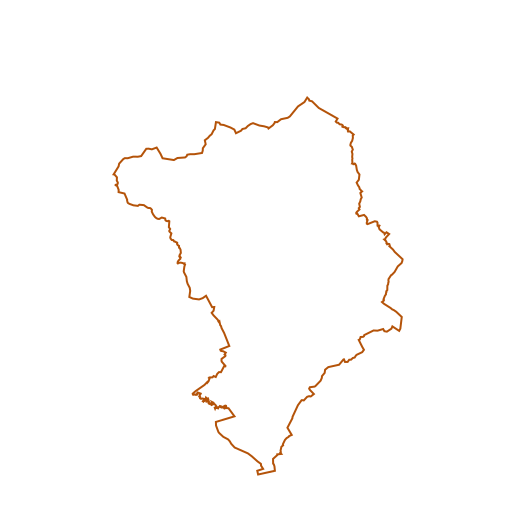 the district of Bixad, Satu Mare, Romania, rotated 314°
{"feature_id": "2599482B22891655210740", "entity_name": "Bixad", "entity_type": "district", "adm_level": 2, "iso_a3": "ROU", "parent_name": "Romania", "parent_adm1": "Satu Mare", "projection": "mercator", "projection_center": [23.389, 47.949], "detail": "fine", "context": "isolated", "style": "outline", "palette": "amber", "viewbox_px": 512, "rotation_deg": 314, "n_neighbors": 0, "source": "geoboundaries", "source_scale": "gbopen_adm2", "svg_char_len": 6158}
<svg xmlns="http://www.w3.org/2000/svg" viewBox="0 0 512 512"><g transform="rotate(314 256 256)"><path d="M405.5,182.8L400.4,183.9L392.8,182.3L379.9,183.4L377.4,182.8L371.8,179.0L367.1,178.3L365.4,176.5L364.5,177.0L361.7,177.3L356.4,176.4L356.8,175.3L354.9,171.7L352.2,167.8L349.5,161.6L347.2,160.5L343.8,159.8L340.7,159.8L337.9,158.0L335.7,158.2L330.4,156.3L331.9,152.6L330.7,148.4L327.8,141.7L325.8,139.1L326.4,137.0L324.5,134.2L318.8,138.2L316.9,138.2L312.7,139.5L310.4,139.2L307.6,139.4L303.7,138.8L301.4,142.2L296.6,142.9L294.8,144.5L292.6,145.6L286.5,141.0L283.6,138.0L281.1,136.2L279.5,136.8L277.6,136.5L271.9,131.4L268.0,130.3L261.4,120.9L263.2,116.2L265.0,109.2L260.4,107.0L258.6,104.2L256.9,102.6L248.1,104.0L245.4,102.1L242.1,98.6L237.2,95.8L235.3,93.7L233.6,93.2L227.4,93.4L225.0,94.9L215.8,96.9L216.3,97.7L216.0,101.3L213.5,103.5L212.9,105.5L212.1,106.2L211.1,106.5L209.7,105.6L209.4,105.8L209.9,107.6L208.2,111.2L206.5,112.8L209.6,118.0L207.0,124.2L206.4,124.7L205.3,126.5L205.2,127.2L205.6,128.8L207.3,132.6L210.0,136.2L211.9,136.5L214.7,140.0L215.3,143.9L215.7,145.1L216.9,146.5L217.1,147.6L216.9,149.1L215.5,150.2L214.5,152.9L213.9,156.1L214.0,157.9L214.4,159.3L215.3,160.6L218.2,161.5L219.9,164.6L218.8,166.1L218.9,167.0L219.4,168.0L220.7,168.8L220.8,169.5L216.2,173.3L215.8,175.5L213.7,176.2L213.4,177.2L213.5,179.4L209.9,181.3L209.2,182.4L209.0,184.3L210.0,185.5L209.6,187.0L210.1,187.6L210.1,188.1L210.7,189.5L210.8,190.1L209.8,190.8L209.8,191.5L209.4,192.1L209.8,193.6L208.5,194.9L208.7,195.8L208.0,197.5L206.0,199.8L203.3,200.5L202.7,202.4L202.2,201.9L201.8,203.2L201.4,203.5L199.1,203.4L197.6,203.7L196.4,204.5L196.4,205.0L197.2,205.1L198.9,206.4L200.1,208.3L200.3,209.3L201.0,209.7L200.3,210.4L200.5,210.9L198.5,211.9L194.8,214.6L194.2,215.6L192.6,220.4L189.8,223.8L188.5,226.1L187.1,230.4L185.2,232.9L180.2,236.5L181.5,240.2L185.2,245.2L188.6,246.9L192.7,247.7L188.7,260.0L190.3,261.4L187.2,263.5L184.3,263.6L183.8,266.6L183.6,272.1L183.4,273.5L182.9,274.1L182.7,275.2L183.5,275.2L181.4,278.3L181.3,279.5L180.2,281.4L178.5,286.5L172.7,299.3L163.9,295.3L163.4,296.3L163.5,296.9L164.7,298.6L165.5,301.4L163.3,301.8L163.4,303.0L162.6,303.5L158.1,302.7L156.9,303.7L156.2,304.7L155.7,310.4L155.5,310.5L155.3,309.8L155.0,309.9L154.9,309.5L148.1,311.5L146.7,310.0L144.2,310.0L141.0,311.1L140.2,308.9L138.5,309.0L136.2,306.8L135.6,306.8L135.6,307.7L132.8,308.9L131.1,309.0L131.3,308.5L127.5,308.5L116.7,306.4L113.0,306.1L112.6,306.7L112.5,307.2L114.3,308.6L114.3,309.2L115.2,309.9L115.8,309.7L116.3,309.0L117.3,308.9L118.8,312.2L118.8,312.5L118.6,312.1L116.9,311.9L116.6,312.5L115.5,312.8L115.8,313.7L114.8,314.6L115.1,315.7L116.0,316.1L117.3,318.1L116.8,318.5L114.6,318.7L114.7,319.3L115.6,319.0L116.1,319.8L117.1,319.8L119.4,318.4L119.4,319.0L118.8,319.4L118.8,320.1L119.0,320.4L120.1,320.5L119.7,321.4L118.6,321.6L118.2,320.9L117.0,321.7L118.6,323.2L117.1,324.3L117.2,325.2L118.3,325.4L118.9,326.0L118.0,326.4L117.9,327.5L119.9,328.3L120.1,327.7L119.3,327.0L120.1,326.5L120.4,325.7L120.9,327.3L120.6,328.6L120.7,330.2L120.3,332.1L118.2,331.7L117.8,332.6L118.3,332.4L119.4,333.3L120.1,334.6L121.2,334.1L122.2,334.4L123.0,334.2L123.5,335.1L122.8,335.7L123.0,336.4L123.7,337.1L124.4,336.9L124.7,337.4L124.4,337.7L124.6,338.4L124.3,338.9L124.5,339.4L125.4,339.4L126.1,338.4L125.8,337.8L126.2,337.4L127.2,338.0L127.4,338.5L126.1,340.4L127.4,342.0L125.7,351.9L108.8,342.4L106.3,345.0L103.3,351.2L103.1,352.6L103.2,358.1L104.7,363.3L104.5,365.9L103.7,368.6L103.4,373.7L108.4,387.3L109.0,392.1L109.3,399.8L109.9,403.9L108.7,405.3L107.8,409.0L102.4,406.1L100.3,409.3L114.6,418.8L117.5,415.4L118.5,413.5L118.5,412.6L121.9,409.2L127.7,409.6L128.1,409.1L131.2,411.7L131.4,410.1L132.2,410.1L133.0,408.9L136.4,406.8L138.7,407.0L139.2,406.1L143.8,404.6L146.3,404.5L148.5,405.1L149.4,404.9L152.1,406.0L154.3,397.9L164.5,394.9L165.7,394.0L177.8,389.8L183.8,389.0L184.2,389.1L185.3,390.7L190.2,390.6L192.1,391.6L192.6,392.6L193.2,393.0L196.9,393.5L197.1,387.8L197.5,386.4L199.0,385.9L202.8,388.9L203.7,389.1L211.2,389.1L214.1,388.0L215.4,386.9L219.6,386.6L222.2,384.7L226.3,385.2L235.5,391.3L242.4,390.8L242.8,391.1L241.6,393.6L243.5,395.5L246.1,395.1L247.5,396.4L249.9,396.5L251.5,397.5L253.8,397.0L255.0,397.1L260.6,399.2L263.5,398.8L264.4,395.6L267.0,388.2L268.1,388.6L270.4,387.5L272.1,389.1L273.2,389.4L274.3,388.8L284.1,392.3L286.7,395.3L291.8,398.2L291.1,400.6L292.5,402.7L297.8,403.9L300.1,403.0L301.6,411.0L304.0,410.3L313.4,403.2L313.3,395.6L312.8,392.6L312.2,391.1L312.1,389.0L310.5,381.2L310.4,378.6L312.8,378.9L313.3,378.5L313.4,377.8L316.8,376.4L318.7,376.1L319.5,375.3L320.8,374.8L321.1,374.2L322.7,374.1L325.9,371.1L327.4,370.7L328.8,369.6L329.5,369.4L330.2,368.4L331.4,367.4L336.0,366.5L336.9,366.8L340.7,366.8L347.0,365.2L352.1,365.6L354.1,364.7L355.5,363.7L355.3,353.0L355.8,350.1L355.7,345.2L356.3,345.2L357.2,343.6L356.6,342.7L355.5,342.2L355.8,340.9L356.4,340.7L357.0,339.3L357.0,336.7L358.1,337.2L359.3,336.6L364.3,336.5L363.7,333.4L361.0,333.4L361.6,332.3L361.6,331.5L361.3,331.1L361.0,326.3L362.1,324.1L363.6,323.7L363.5,323.4L362.3,322.9L362.2,322.4L364.4,320.2L364.7,319.2L363.5,317.3L356.4,314.1L356.2,313.3L356.8,312.6L358.7,311.6L358.9,311.0L359.4,311.1L359.4,310.3L360.2,309.6L360.6,307.9L360.6,305.2L356.0,302.4L356.9,299.3L356.9,298.8L356.3,298.7L356.5,298.2L357.7,297.9L361.4,298.1L361.8,296.7L363.5,296.6L365.3,293.9L367.7,293.1L369.6,291.9L371.5,291.4L373.8,287.3L376.2,287.4L376.0,286.3L376.3,285.1L376.2,284.1L377.2,282.5L377.6,280.4L378.7,277.4L382.3,277.0L386.5,273.8L387.0,270.7L388.0,268.7L390.6,265.2L391.2,263.2L390.9,262.6L390.0,262.6L389.6,262.2L389.7,261.3L389.3,260.8L390.1,260.5L392.1,258.3L393.2,257.6L394.0,256.4L396.4,254.5L397.6,252.4L399.8,251.7L401.1,249.1L401.0,247.4L401.3,246.8L403.4,245.6L405.6,245.2L408.2,243.7L409.9,241.9L411.2,241.9L410.8,236.9L409.5,235.8L409.8,235.1L411.7,233.7L410.6,233.2L410.4,232.2L411.0,232.1L410.6,230.4L409.9,230.1L409.1,228.7L409.0,228.3L410.2,227.8L410.2,226.8L409.7,225.7L409.0,225.0L408.8,223.4L409.0,222.7L408.1,221.5L408.1,220.0L411.5,219.2L406.1,198.4L406.2,188.8L404.8,186.4L405.5,185.2L405.5,182.8Z" fill="none" stroke="#b45309" stroke-width="2"/></g></svg>